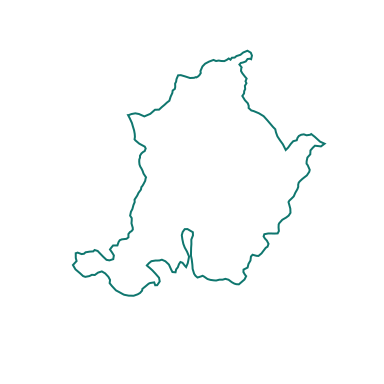 the district of Aradippou, Larnaca, Cyprus, rotated 47°
{"feature_id": "46923920B78088096679659", "entity_name": "Aradippou", "entity_type": "district", "adm_level": 2, "iso_a3": "CYP", "parent_name": "Cyprus", "parent_adm1": "Larnaca", "projection": "albers", "projection_center": [33.576, 34.95], "detail": "fine", "context": "isolated", "style": "outline", "palette": "teal", "viewbox_px": 384, "rotation_deg": 47, "n_neighbors": 0, "source": "geoboundaries", "source_scale": "gbopen_adm2", "svg_char_len": 4105}
<svg xmlns="http://www.w3.org/2000/svg" viewBox="0 0 384 384"><g transform="rotate(47 192 192)"><path d="M92.2,186.3L95.8,187.3L100.6,188.9L103.7,190.5L107.4,192.3L110.5,194.3L112.8,196.2L114.3,198.1L115.7,198.2L120.7,197.6L126.6,195.6L128.6,196.2L129.8,198.7L129.4,200.4L129.3,202.7L130.0,205.3L131.4,206.6L132.3,208.4L133.9,210.0L136.0,211.6L138.1,212.5L140.5,213.0L142.8,213.7L145.5,214.9L148.4,215.4L149.9,215.6L150.6,216.9L151.9,218.6L153.1,222.0L153.7,224.0L153.9,225.7L155.4,227.7L156.1,231.6L157.3,234.6L157.7,236.2L158.4,239.2L160.3,240.8L161.6,243.7L163.8,247.2L164.8,250.1L167.1,253.4L170.0,253.9L171.8,255.6L173.6,257.6L175.7,258.7L177.7,259.7L179.1,260.9L179.4,262.9L179.0,264.7L179.4,267.2L181.8,269.4L181.6,271.8L178.8,275.6L178.0,277.7L178.5,279.8L180.2,283.0L177.3,286.2L177.6,288.7L178.1,291.2L181.7,291.7L185.1,292.4L187.4,295.4L185.7,299.0L183.3,300.8L178.7,301.1L173.0,301.2L170.8,301.2L168.0,302.8L168.1,304.7L165.9,307.4L163.5,311.0L163.5,313.1L162.1,315.1L158.3,317.0L157.9,318.0L157.5,318.8L161.0,322.0L163.8,323.5L164.2,328.9L169.1,330.0L175.0,329.3L179.2,329.0L181.3,327.9L183.5,324.4L184.3,321.7L186.4,319.7L186.9,315.6L188.6,312.1L192.3,311.0L197.0,311.0L200.4,311.9L202.5,314.4L206.4,314.7L212.1,314.7L215.9,313.4L219.6,312.2L220.9,311.7L224.6,309.0L228.1,305.4L229.8,301.5L230.4,298.8L230.1,295.8L229.0,294.3L229.3,290.2L229.5,286.2L230.0,284.7L232.3,281.3L235.1,282.5L236.4,281.0L235.4,276.6L232.2,274.6L226.7,274.4L222.2,274.4L218.7,274.7L215.7,275.1L214.9,275.1L214.7,271.8L214.9,268.9L217.1,265.6L219.8,262.6L221.0,260.2L224.5,258.7L228.8,258.4L229.4,258.4L234.4,260.1L237.2,260.9L239.5,258.8L237.8,256.4L237.4,253.7L235.9,250.8L235.3,248.2L237.3,247.2L241.1,247.5L242.9,247.5L241.2,243.7L239.2,240.9L237.2,238.2L232.2,236.3L227.7,235.2L224.0,233.7L220.0,231.3L216.6,228.9L214.9,226.1L214.2,222.7L216.0,220.6L222.0,218.8L224.4,220.9L226.3,224.9L229.7,228.0L232.3,230.8L235.9,234.3L237.9,236.2L241.3,238.3L245.4,241.3L248.7,244.0L253.2,246.2L255.6,246.6L258.3,246.3L259.8,243.2L260.5,241.4L262.0,240.9L266.2,240.0L268.8,238.5L271.5,236.3L273.2,234.7L274.8,231.8L277.0,229.4L278.3,226.8L281.1,225.1L285.1,224.4L287.9,223.5L289.6,222.5L291.5,220.7L291.7,215.6L291.8,213.3L290.5,209.8L290.0,209.8L288.2,209.6L285.6,209.0L283.9,207.2L285.2,202.9L283.1,199.7L282.0,196.0L279.4,192.9L279.2,190.5L282.6,188.4L284.1,187.0L284.3,183.0L283.9,180.8L283.1,176.1L283.5,174.1L282.1,171.4L278.6,170.4L275.7,170.4L273.3,169.9L272.2,167.9L274.2,164.7L276.0,162.7L278.4,160.3L280.1,158.3L280.7,157.6L279.8,155.1L277.0,152.9L274.8,150.7L274.3,149.3L273.9,144.9L274.9,140.5L275.2,137.4L274.4,134.2L271.3,131.5L268.3,129.9L265.2,128.3L264.7,126.7L264.7,123.8L264.6,120.6L263.0,116.9L261.8,113.0L260.7,110.8L259.1,109.4L257.9,107.5L257.7,105.6L257.7,102.5L257.9,99.9L258.2,96.7L257.2,92.5L256.1,90.8L251.3,89.1L249.4,88.9L247.7,87.2L245.5,84.1L245.1,79.8L242.4,77.0L242.0,73.2L242.0,70.5L246.6,66.6L247.1,62.1L242.5,64.0L235.2,64.6L230.9,65.3L230.8,66.4L228.7,69.5L226.1,70.9L224.6,73.1L223.9,75.7L224.4,78.0L225.6,80.1L223.9,83.3L224.2,86.9L225.1,91.4L225.2,94.8L219.1,93.0L214.3,92.4L209.6,91.6L205.6,89.9L202.9,88.3L199.6,88.4L191.0,88.0L185.4,87.9L180.0,89.4L174.9,91.7L172.8,93.0L169.2,93.3L167.7,91.8L165.2,90.7L161.0,90.7L156.1,89.7L155.4,86.7L153.8,85.0L153.0,82.9L150.4,80.9L149.6,78.0L147.5,77.3L146.3,74.7L143.9,74.6L139.4,74.2L136.9,73.6L135.2,71.7L134.7,70.7L131.1,70.4L130.9,68.4L132.2,66.1L133.2,63.6L132.6,60.7L134.0,58.8L135.2,58.2L133.1,55.1L130.2,54.0L126.5,55.1L124.9,59.4L124.7,63.0L122.9,66.8L122.8,69.1L121.0,71.3L121.5,73.6L119.4,74.1L119.1,76.4L118.3,79.1L116.1,81.3L114.1,82.8L112.6,85.1L110.1,86.2L108.3,90.5L107.1,94.9L107.3,98.7L109.3,103.3L111.0,104.5L111.6,106.9L111.6,108.9L111.2,110.6L110.6,110.9L109.9,112.6L107.3,115.7L102.6,118.3L98.9,120.5L97.2,122.6L98.9,126.4L100.5,128.4L101.2,130.4L103.8,132.7L104.9,134.3L104.6,136.9L106.2,138.9L107.7,142.6L109.8,146.3L109.5,149.4L109.5,152.8L109.3,156.2L109.3,159.9L106.6,163.0L106.4,169.2L104.2,175.3L98.8,177.6L95.8,179.8L93.7,183.1L92.6,185.8L92.2,186.3Z" fill="none" stroke="#0f766e" stroke-width="2"/></g></svg>